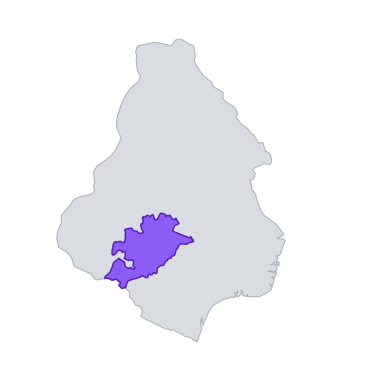 location of Niger within Nigeria, rotated 293°
{"feature_id": "NGA-2851", "entity_name": "Niger", "entity_type": "State", "adm_level": 1, "iso_a3": "NGA", "parent_name": "Nigeria", "parent_adm1": "", "projection": "mercator", "projection_center": [5.482, 9.777], "detail": "fine", "context": "in_parent", "style": "filled", "palette": "violet", "viewbox_px": 384, "rotation_deg": 293, "n_neighbors": 0, "source": "natural_earth", "source_scale": "10m", "svg_char_len": 7994}
<svg xmlns="http://www.w3.org/2000/svg" viewBox="0 0 384 384"><g transform="rotate(293 192 192)"><path d="M305.1,84.8L315.5,99.5L317.7,110.5L318.6,115.8L320.3,116.4L323.5,116.7L325.9,117.8L327.3,119.6L328.2,121.3L328.4,122.2L327.7,128.8L326.9,131.1L327.3,134.3L327.2,135.7L326.8,136.6L325.4,137.7L323.4,138.7L318.7,141.8L317.3,142.3L315.4,142.4L313.6,143.2L311.6,144.8L307.2,151.0L303.4,157.3L300.7,167.3L297.4,170.5L296.8,173.3L296.3,179.5L295.8,181.4L295.2,182.0L291.7,183.2L289.6,184.6L288.4,187.5L286.8,197.1L286.2,198.7L285.1,200.4L283.3,202.2L281.7,203.2L277.6,203.8L273.7,211.1L273.7,212.3L271.9,218.9L268.9,223.9L268.7,227.0L265.0,231.4L263.1,234.4L265.1,237.4L265.2,237.9L258.8,243.2L258.4,244.0L258.1,247.6L257.6,248.6L256.4,249.9L254.7,251.3L252.9,252.5L251.0,253.3L249.0,253.5L248.0,253.1L247.4,252.0L246.3,247.6L245.7,246.6L244.5,245.8L239.5,240.9L236.5,239.2L235.9,239.3L235.4,239.8L234.5,242.2L233.7,243.1L232.1,243.4L229.4,243.5L227.4,243.1L226.9,242.6L226.0,240.7L219.8,245.1L217.7,246.1L214.9,251.4L211.0,254.0L208.4,256.3L201.2,263.4L199.8,265.5L198.4,268.6L195.3,282.0L190.4,290.4L189.7,292.2L189.4,292.1L188.8,292.9L186.9,292.4L186.0,290.8L184.8,290.6L182.8,288.3L182.3,288.7L184.5,294.4L183.7,296.7L177.7,296.8L172.5,297.5L168.9,297.4L167.1,296.6L166.3,294.5L166.0,294.7L165.8,295.8L164.7,296.8L160.7,296.9L158.9,295.5L157.4,293.8L155.9,293.1L156.1,293.8L157.9,295.4L157.7,297.7L154.5,300.4L152.4,300.5L151.1,299.4L150.5,297.5L150.2,294.7L149.3,292.9L148.9,292.9L149.4,295.9L149.4,298.7L151.0,300.9L148.6,301.6L145.8,301.7L145.4,300.9L145.1,299.0L144.6,298.6L144.0,301.7L138.2,302.5L137.3,302.4L137.2,301.8L137.6,301.0L137.5,299.6L136.2,300.6L136.0,302.8L135.3,303.1L133.1,302.8L130.6,301.7L126.7,299.0L121.9,294.6L121.1,292.7L119.7,290.3L117.2,283.6L117.7,283.3L118.8,283.7L119.3,283.0L117.3,282.6L116.9,282.1L116.8,280.6L116.9,278.8L119.9,277.9L120.6,276.8L121.0,275.7L117.3,277.3L113.8,275.5L113.0,274.3L113.4,273.4L117.5,273.4L118.9,272.5L118.0,272.2L116.5,272.3L115.9,271.7L116.0,270.3L115.4,270.6L114.8,271.8L112.4,272.7L111.0,271.8L110.9,269.9L110.6,269.0L109.4,268.3L105.3,263.0L100.1,258.6L95.5,255.6L88.5,254.2L73.9,254.2L73.1,253.8L74.0,253.1L75.3,252.6L80.0,250.2L79.2,249.9L74.3,251.4L72.6,251.5L70.5,254.5L56.1,255.1L56.1,253.8L56.7,249.9L57.6,247.3L56.7,244.0L56.4,241.1L57.0,240.2L57.2,239.1L57.1,231.5L57.9,230.4L57.9,229.6L56.4,226.4L56.4,224.0L56.1,221.6L55.6,220.5L56.2,211.3L56.0,209.0L56.5,207.4L56.7,203.4L56.7,199.5L57.6,193.4L63.8,192.5L65.3,190.1L66.2,187.1L65.9,184.0L67.9,181.4L70.3,179.0L70.2,176.5L70.9,175.7L72.0,175.1L73.7,174.8L75.5,173.5L76.5,171.2L77.5,167.6L76.0,165.1L76.0,164.5L76.6,163.2L77.6,161.8L78.3,161.4L80.1,161.7L80.7,161.2L81.8,157.2L81.7,156.1L80.1,153.5L79.2,146.2L78.7,145.3L77.4,144.0L73.9,138.9L74.0,136.5L75.4,133.4L76.4,131.9L77.7,131.0L78.0,130.3L77.6,129.5L76.9,128.8L76.8,127.4L77.4,125.5L77.2,123.3L77.6,112.4L80.4,110.2L84.4,106.7L86.5,102.9L87.6,100.1L89.0,90.6L91.2,89.6L95.3,86.2L100.8,84.2L104.4,83.5L110.8,83.9L114.0,83.6L116.7,81.7L118.0,81.2L119.7,80.9L135.5,85.8L137.0,85.6L138.2,85.9L140.1,87.2L144.8,91.8L149.7,98.9L151.2,100.4L152.7,101.2L154.3,101.5L155.5,101.4L156.6,100.7L158.1,99.4L160.4,98.7L162.3,98.9L172.2,93.5L173.1,93.4L179.2,94.6L187.4,100.0L194.1,103.5L198.9,104.7L204.4,105.6L213.9,105.8L221.1,98.2L223.7,96.5L226.9,95.0L233.6,93.6L244.6,92.7L254.9,93.1L261.4,94.4L268.1,96.9L271.1,99.3L275.7,99.7L279.0,99.2L280.0,96.8L283.3,93.7L288.3,90.8L292.3,88.8L295.6,87.9L298.6,85.6L301.0,84.9L305.1,84.8ZM161.0,299.9L158.8,300.6L157.4,300.4L159.4,297.4L160.4,298.0L161.6,298.3L161.0,299.9Z" fill="#d9dde1" stroke="#a8b0b8" stroke-width="1"/><path d="M80.1,161.9L80.4,161.9L80.8,161.4L80.9,161.0L81.0,159.8L81.2,159.2L81.7,158.0L81.9,157.4L81.9,156.7L81.9,156.1L81.8,155.4L81.6,155.0L81.3,154.8L81.0,154.8L80.7,154.7L80.5,154.4L80.2,153.7L80.1,153.4L80.0,153.2L79.8,153.0L79.6,152.8L79.5,152.6L79.5,152.2L80.0,150.9L80.0,150.2L79.5,148.2L79.3,147.8L79.1,147.3L79.0,146.9L79.0,146.4L79.3,145.5L79.1,145.3L78.9,145.3L79.1,145.1L81.2,145.4L83.2,146.6L85.7,147.8L87.0,147.9L93.2,147.8L95.6,147.4L97.9,148.0L100.7,149.9L102.1,150.3L102.2,150.9L101.4,155.0L101.4,155.9L101.4,156.3L101.2,156.6L100.6,157.2L100.6,157.6L97.9,159.2L97.1,160.6L96.9,162.4L97.0,163.2L97.4,164.0L98.0,164.5L98.4,165.0L98.3,166.7L98.0,168.4L98.5,168.9L100.1,169.0L100.3,168.4L100.4,167.5L100.6,166.7L101.4,166.4L104.1,165.8L104.8,165.6L105.5,165.1L106.1,163.6L105.4,162.0L104.3,160.6L104.2,159.8L104.3,159.0L104.1,157.2L104.5,155.7L105.2,155.4L106.8,155.7L108.4,154.9L110.0,154.4L110.6,154.0L110.1,152.4L109.2,151.3L110.3,149.9L110.2,148.9L110.0,148.0L109.7,147.3L109.1,147.1L108.8,146.9L108.6,146.5L108.3,146.4L107.9,146.3L106.2,146.1L104.5,145.4L103.1,144.3L103.4,142.8L106.6,141.4L113.3,140.0L115.0,140.1L116.3,140.9L116.7,142.6L117.5,144.1L118.2,144.6L118.6,145.4L118.4,147.1L118.5,148.1L118.7,148.9L119.4,149.1L121.6,149.1L123.2,148.8L127.1,147.1L127.9,146.9L128.7,146.8L129.3,146.4L129.5,146.0L130.1,145.4L130.4,145.1L131.2,145.0L131.9,145.5L132.9,146.8L134.7,149.7L135.0,151.3L134.6,151.5L134.1,152.0L133.9,152.6L133.8,154.5L133.8,155.1L134.2,156.3L134.2,156.6L134.2,156.9L134.1,157.4L133.8,158.2L133.7,158.4L133.7,159.1L133.7,159.4L133.5,159.7L133.4,160.1L133.6,160.9L134.3,161.5L134.9,162.2L135.3,162.9L136.1,162.8L136.7,162.2L137.1,161.4L138.3,160.1L141.1,158.0L142.7,157.6L143.3,158.1L143.6,158.8L144.3,158.9L146.0,158.1L146.8,158.0L147.7,158.1L148.2,157.7L148.1,156.8L148.9,156.5L149.7,156.6L150.4,156.9L150.6,157.3L150.7,159.2L151.1,159.3L151.9,159.1L153.2,160.1L153.2,162.0L152.9,162.8L153.4,163.3L155.0,163.9L155.7,164.4L155.6,165.2L155.1,165.9L154.3,166.4L153.6,167.0L153.0,167.8L152.2,168.2L151.7,168.9L152.7,170.2L154.4,170.9L156.0,171.1L159.4,171.1L160.5,171.8L161.0,175.5L160.9,176.4L160.3,176.9L159.6,176.9L159.1,177.3L159.6,177.9L160.4,178.2L160.9,178.6L160.7,179.2L161.0,179.8L161.7,180.2L161.9,180.9L161.4,181.5L161.0,181.8L160.8,182.2L160.7,182.6L160.6,183.1L159.3,184.0L159.1,184.8L159.6,185.5L159.9,185.7L160.3,186.2L160.3,186.6L160.0,187.3L160.1,187.7L160.7,187.5L161.3,187.6L158.0,192.2L157.9,192.2L156.8,191.6L154.7,189.5L153.3,189.1L149.1,189.3L148.5,189.5L148.4,190.2L148.7,206.7L148.8,207.1L149.3,208.1L150.4,208.2L150.1,209.1L149.4,209.8L148.9,209.9L148.6,210.3L148.6,210.8L148.5,211.2L148.2,211.0L147.9,211.2L147.7,211.8L147.5,212.4L147.1,212.8L147.0,212.7L146.7,212.4L146.7,212.2L146.4,212.1L145.5,211.2L144.7,209.7L144.4,209.4L142.1,207.7L141.9,207.6L141.4,206.5L141.1,205.4L141.1,204.8L141.0,204.6L140.9,204.4L140.8,204.1L140.4,203.4L140.4,203.2L140.3,202.8L139.8,201.9L139.5,201.6L139.1,201.4L138.7,201.3L137.8,200.7L137.7,200.6L137.3,200.5L136.2,200.7L135.0,201.0L134.8,200.9L134.1,200.3L133.8,200.1L133.4,200.1L130.9,200.1L130.4,200.2L129.6,200.5L129.4,200.6L129.0,200.6L128.0,200.4L126.8,200.5L126.5,200.4L126.4,200.2L126.1,199.8L125.8,199.3L125.5,198.8L125.3,198.8L124.8,198.6L124.6,198.6L123.3,198.6L123.0,198.4L122.7,198.2L122.4,197.7L122.2,197.4L122.0,197.2L121.5,196.8L121.2,196.4L120.8,196.1L120.5,196.0L120.1,195.9L119.4,195.9L119.1,195.8L118.8,195.7L118.6,195.5L118.1,195.1L117.9,194.9L117.6,194.7L117.3,194.7L115.8,194.8L113.6,194.4L113.3,194.3L113.0,194.1L112.8,193.8L112.8,193.5L112.8,193.3L112.8,193.0L112.7,192.8L112.3,192.4L111.9,191.9L111.6,191.6L110.4,191.0L109.6,190.5L109.2,190.3L109.2,190.2L108.6,189.9L108.3,189.9L108.0,189.9L106.5,190.3L105.5,190.9L104.6,191.2L103.9,191.2L103.2,191.0L102.8,190.6L102.8,189.9L102.9,189.2L102.9,188.6L102.6,188.1L102.0,187.9L100.8,187.7L100.4,187.5L100.1,187.3L99.9,187.0L99.8,186.6L99.8,186.2L99.7,186.2L99.8,185.8L99.7,184.9L99.7,184.7L97.7,184.4L96.0,184.6L95.2,183.3L95.3,181.6L95.5,179.8L95.1,178.2L94.3,178.2L94.0,178.0L93.6,177.7L86.0,168.6L85.3,168.0L83.7,167.8L80.1,167.9L78.1,168.3L78.0,167.9L78.0,167.6L77.8,167.3L76.2,165.7L75.9,165.1L75.9,164.7L76.3,163.6L76.9,162.7L77.0,162.5L77.0,162.0L77.1,161.9L77.2,161.7L77.7,161.2L78.1,161.1L78.6,161.1L80.1,161.9Z" fill="#8b5cf6" stroke="#5b21b6" stroke-width="1.5"/></g></svg>